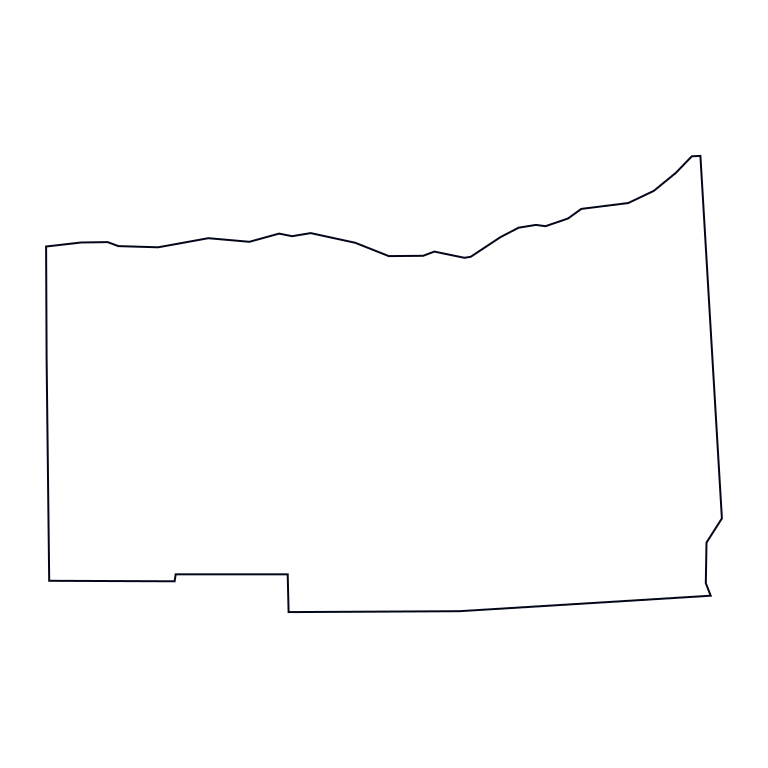 outline of Wayne, New York, United States of America
{"feature_id": "52423323B87116435053012", "entity_name": "Wayne", "entity_type": "district", "adm_level": 2, "iso_a3": "USA", "parent_name": "United States of America", "parent_adm1": "New York", "projection": "orthographic", "projection_center": [-77.012, 43.178], "detail": "fine", "context": "isolated", "style": "outline", "palette": "ink", "viewbox_px": 768, "rotation_deg": 0, "n_neighbors": 0, "source": "geoboundaries", "source_scale": "gbopen_adm2", "svg_char_len": 591}
<svg xmlns="http://www.w3.org/2000/svg" viewBox="0 0 768 768"><path d="M710.7,595.7L705.8,583.2L706.5,542.6L721.9,518.4L700.4,155.9L691.8,156.3L675.9,172.8L653.9,190.8L628.3,203.0L581.3,208.9L568.0,218.5L545.5,226.2L536.0,224.9L518.6,227.7L500.5,237.1L470.7,256.8L464.4,257.8L434.3,251.6L423.1,255.8L388.8,256.1L355.3,242.8L310.7,233.1L292.1,236.2L279.1,233.6L249.4,241.8L208.3,238.2L158.1,247.3L118.3,246.1L107.6,242.1L81.1,242.5L46.1,246.5L46.6,358.3L49.2,580.8L174.6,581.3L175.7,574.3L287.7,574.3L288.6,612.1L459.1,611.2L710.7,595.7Z" fill="none" stroke="#020617" stroke-width="2"/></svg>